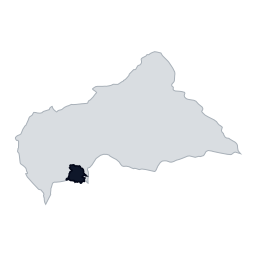 Mbaïki, Lobaye, Central African Republic (highlighted)
{"feature_id": "33826404B24481683700723", "entity_name": "Mbaïki", "entity_type": "district", "adm_level": 2, "iso_a3": "CAF", "parent_name": "Central African Republic", "parent_adm1": "Lobaye", "projection": "orthographic", "projection_center": [17.906, 4.007], "detail": "fine", "context": "in_parent", "style": "filled", "palette": "ink", "viewbox_px": 256, "rotation_deg": 0, "n_neighbors": 0, "source": "geoboundaries", "source_scale": "gbopen_adm2", "svg_char_len": 6486}
<svg xmlns="http://www.w3.org/2000/svg" viewBox="0 0 256 256"><path d="M181.9,91.6L184.4,92.3L184.9,93.1L184.2,95.6L184.7,97.2L186.2,98.6L187.6,99.2L189.0,99.5L193.9,100.3L195.9,101.2L198.6,104.2L202.0,106.9L202.8,108.3L202.7,109.7L201.7,111.3L201.9,111.9L203.4,113.5L205.2,115.2L208.4,117.0L214.0,119.8L216.6,121.7L217.5,123.1L218.9,124.7L221.0,126.1L222.3,127.2L221.4,130.4L221.7,131.4L222.2,132.3L223.4,133.5L223.9,135.1L225.1,137.1L226.5,138.0L228.8,138.3L230.0,139.2L232.5,140.7L235.0,142.1L236.0,143.0L236.7,143.8L237.2,144.8L237.5,145.8L237.6,147.9L238.1,150.6L239.4,152.4L240.6,153.7L235.7,152.2L234.9,152.2L234.0,152.5L231.5,154.4L230.6,154.6L227.4,154.3L219.4,152.8L213.3,151.5L211.5,151.0L208.2,150.5L206.1,151.5L204.1,154.9L203.5,155.6L200.3,156.6L198.8,156.3L195.2,157.3L189.5,155.9L187.4,156.2L185.8,156.9L181.8,158.5L179.3,159.4L176.4,160.2L173.7,161.5L171.8,162.1L170.0,162.1L168.4,161.5L166.6,160.9L164.4,160.8L162.2,161.1L160.3,162.5L159.6,163.5L157.9,166.0L156.0,170.2L155.3,171.1L154.6,171.5L145.6,169.5L141.8,169.0L139.2,169.6L135.9,168.5L134.5,168.3L133.8,168.7L132.0,168.1L129.0,166.7L126.2,166.2L123.6,166.4L122.1,165.9L120.8,164.5L119.2,162.0L116.3,159.5L112.4,157.5L109.9,156.0L108.9,155.0L106.8,154.4L103.6,154.3L100.5,155.3L96.1,158.5L92.0,164.9L89.7,167.4L87.8,168.0L87.4,169.6L88.3,172.0L88.5,174.9L87.9,179.7L88.1,183.2L87.1,182.6L86.2,181.0L85.7,180.7L83.0,181.4L81.6,182.1L80.8,182.7L80.3,182.8L79.4,181.9L78.7,181.8L77.6,181.9L76.5,181.9L75.8,181.8L75.4,181.9L74.1,181.3L69.4,180.0L68.6,179.5L67.6,179.6L65.2,180.8L63.9,181.1L60.0,181.8L55.9,182.2L54.3,182.2L53.2,182.7L52.5,183.4L51.2,187.9L50.8,188.7L50.9,189.8L50.5,193.4L50.7,194.5L45.7,204.3L44.9,202.7L44.4,200.8L44.2,198.6L44.3,198.0L43.9,197.3L43.5,195.5L43.9,194.4L43.6,193.1L42.6,191.9L41.8,191.0L41.3,190.2L40.8,189.9L39.9,189.7L38.6,189.3L33.1,183.5L27.3,177.0L26.2,174.9L25.7,173.7L27.1,173.6L27.5,173.3L27.5,172.8L26.6,171.1L26.2,169.0L25.5,167.7L23.3,165.7L21.1,164.2L20.4,163.4L20.1,162.3L19.3,155.3L18.9,153.3L18.2,152.4L17.8,152.0L17.6,151.5L17.7,150.3L18.0,149.2L17.9,148.8L18.5,147.8L18.6,141.3L17.9,140.4L16.6,140.4L15.9,139.5L15.4,138.3L15.5,137.4L16.8,136.1L17.6,135.6L20.0,134.6L20.7,134.1L21.2,133.4L21.5,132.6L22.9,129.2L25.0,125.9L25.9,125.3L28.1,120.4L28.6,119.1L29.0,117.9L29.6,116.9L32.0,115.3L33.7,112.4L35.6,112.5L37.6,113.0L40.0,113.2L42.0,112.7L43.3,111.5L49.3,109.6L49.8,108.1L50.7,107.2L51.8,106.5L52.2,106.4L52.3,107.0L53.0,108.6L54.3,110.2L56.4,111.9L56.9,111.8L58.2,110.5L61.3,109.7L62.1,109.3L64.4,107.4L67.1,106.1L68.6,105.7L71.4,104.4L73.3,104.6L76.4,104.4L81.6,103.8L85.3,103.5L87.2,103.3L87.7,103.0L88.4,101.2L89.0,100.6L90.4,99.8L93.1,97.0L94.9,94.6L95.5,93.8L95.8,93.6L96.6,92.6L95.8,91.6L92.8,89.5L92.8,89.2L92.6,88.9L92.8,88.6L94.0,87.7L95.6,86.7L97.2,86.4L101.6,86.4L105.4,86.2L106.3,86.3L109.2,85.8L111.2,85.3L113.2,84.3L117.9,84.4L121.8,81.8L122.9,81.3L123.4,80.9L123.5,80.5L125.3,79.5L127.3,77.4L128.9,75.5L129.3,74.1L133.7,69.6L135.2,69.6L135.9,69.1L137.6,66.0L138.2,65.5L140.0,64.9L140.8,64.0L141.5,62.7L141.5,61.0L141.2,59.7L141.2,59.1L141.6,58.5L142.3,57.9L145.6,56.2L146.4,55.5L146.9,54.7L147.8,54.6L148.8,54.7L149.5,54.2L150.2,53.5L152.4,52.5L154.6,51.7L156.8,52.0L160.9,53.0L162.1,55.1L162.7,55.9L167.8,61.0L168.8,62.2L171.3,65.9L172.9,68.4L174.7,72.0L174.9,73.9L174.7,75.6L174.4,80.4L174.0,81.7L171.8,84.3L171.7,85.5L172.2,86.4L172.9,86.8L173.3,87.3L173.1,89.5L173.9,90.4L175.5,91.0L179.7,91.3L181.9,91.6Z" fill="#d9dde1" stroke="#a8b0b8" stroke-width="1"/><path d="M86.5,175.9L85.8,175.4L85.7,175.0L85.7,174.8L85.3,174.7L84.8,174.5L84.6,173.9L84.2,173.5L83.5,173.0L83.5,172.6L83.6,172.1L83.7,171.6L83.5,170.8L83.5,170.2L83.1,169.3L82.3,168.4L81.2,168.3L80.9,168.1L80.4,166.8L80.1,166.4L79.6,166.0L79.4,166.3L79.2,166.4L78.8,166.5L78.6,166.5L78.4,166.4L78.4,166.1L78.2,166.1L77.7,166.1L77.3,166.0L77.1,165.9L76.8,165.9L76.5,165.9L76.3,166.0L76.0,166.2L75.9,166.3L75.8,166.2L75.7,166.1L75.5,165.9L75.3,165.9L75.2,165.9L74.9,166.0L74.7,166.0L74.6,165.9L74.6,165.7L74.5,165.3L74.4,165.2L74.1,165.1L73.9,165.1L73.8,164.9L73.7,164.8L73.3,164.8L73.1,164.9L72.7,164.9L72.6,165.0L72.3,165.0L72.1,165.0L71.8,165.0L71.7,165.1L71.3,165.2L71.1,165.2L70.8,165.1L70.6,165.0L70.4,165.1L70.2,165.2L70.1,165.3L69.9,165.7L70.0,166.0L70.2,166.9L70.2,167.1L70.2,167.3L70.0,167.5L69.9,167.5L69.7,167.6L69.5,167.8L69.7,168.1L69.8,168.2L70.1,168.4L70.2,168.6L70.3,168.9L70.8,169.4L70.9,169.5L71.2,169.6L71.3,169.7L71.5,169.8L71.8,170.3L72.0,170.3L72.0,170.6L71.9,170.9L70.9,171.4L70.2,171.6L70.2,171.8L70.1,172.0L69.9,172.2L69.8,172.4L69.7,172.9L69.1,173.9L69.2,174.9L69.1,175.5L68.8,176.0L68.7,176.5L68.8,176.7L68.8,176.8L68.6,176.9L68.5,177.0L68.3,177.2L68.3,177.4L68.4,177.6L68.6,177.6L68.9,177.8L69.0,178.1L69.0,178.4L68.8,178.3L68.5,178.3L68.0,178.2L67.7,178.4L67.3,178.5L67.0,178.4L66.8,178.6L66.7,178.7L66.5,178.8L66.3,179.2L66.2,179.5L66.5,180.5L66.5,180.4L66.7,180.2L66.8,180.1L67.0,179.9L67.2,179.7L67.3,179.6L67.5,179.6L67.8,179.5L67.9,179.4L68.0,179.2L68.3,179.1L68.5,179.1L68.8,179.2L68.8,179.3L68.9,179.5L69.0,179.6L69.3,179.6L69.5,179.7L69.6,179.8L69.7,180.0L69.8,180.1L70.0,180.2L70.3,180.3L70.5,180.3L70.6,180.5L70.8,180.5L71.0,180.5L71.3,180.5L71.5,180.5L71.8,180.5L72.0,180.6L72.3,180.6L72.5,180.6L72.8,180.5L72.8,180.4L73.0,180.4L73.1,180.5L73.3,180.5L73.5,180.8L73.8,180.7L74.1,180.7L74.3,180.7L74.5,180.7L74.5,180.8L74.6,181.0L74.6,181.3L74.7,181.5L74.8,181.5L74.9,181.8L74.9,182.0L75.0,182.2L75.3,182.0L75.4,181.9L75.5,181.9L75.8,181.9L76.0,181.9L76.2,181.7L76.3,181.6L76.5,181.5L76.7,181.8L76.8,181.9L76.9,182.0L77.0,182.0L77.3,182.1L77.5,182.1L77.7,181.9L77.8,181.9L78.0,181.8L78.0,181.7L78.3,181.7L78.5,181.6L78.8,181.7L79.0,181.7L79.3,181.7L79.5,181.8L79.8,181.9L80.0,181.9L80.0,182.0L80.3,182.3L80.3,182.5L80.3,182.8L80.4,183.0L80.5,183.1L80.8,183.1L81.0,183.1L81.3,183.0L81.4,182.9L81.5,182.9L81.6,182.7L81.8,182.5L81.8,182.4L81.9,182.2L82.0,181.9L82.0,181.7L82.1,181.4L82.3,181.4L82.5,181.4L82.6,181.5L82.8,181.5L82.9,181.4L83.0,181.4L83.4,181.3L83.5,181.3L83.8,181.3L84.0,181.3L84.2,181.5L84.3,181.5L84.5,181.4L84.5,181.2L84.1,180.4L84.1,180.2L84.3,180.1L84.3,179.8L84.2,179.6L84.3,179.3L84.5,179.0L84.7,178.7L84.8,178.3L84.9,178.1L85.0,178.0L84.9,177.9L84.6,177.9L84.4,178.0L84.2,178.0L84.0,177.9L83.5,177.5L83.0,177.5L82.7,177.5L82.4,177.4L82.1,176.9L82.7,176.3L83.3,175.6L83.7,175.4L84.0,175.2L84.4,175.0L84.5,175.0L84.9,175.4L85.2,175.7L85.5,175.8L86.1,175.9L86.5,175.9Z" fill="#0f172a" stroke="#020617" stroke-width="1.5"/></svg>